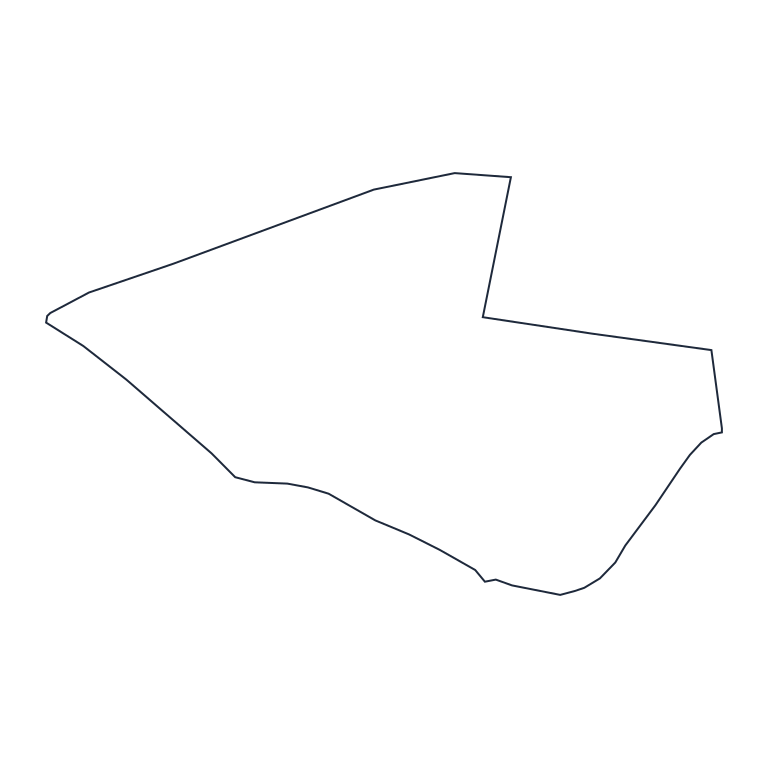 outline of Patterson'S Gap, Castries, Saint Lucia
{"feature_id": "8701671B23690641916416", "entity_name": "Patterson'S Gap", "entity_type": "district", "adm_level": 2, "iso_a3": "LCA", "parent_name": "Saint Lucia", "parent_adm1": "Castries", "projection": "natural_earth1", "projection_center": [-60.985, 14.007], "detail": "fine", "context": "isolated", "style": "outline", "palette": "slate", "viewbox_px": 768, "rotation_deg": 0, "n_neighbors": 0, "source": "geoboundaries", "source_scale": "gbopen_adm2", "svg_char_len": 614}
<svg xmlns="http://www.w3.org/2000/svg" viewBox="0 0 768 768"><path d="M211.6,453.4L235.2,477.2L254.7,482.3L287.3,483.6L307.9,487.4L328.6,493.7L375.3,520.4L409.0,534.4L439.4,549.7L475.2,570.0L484.9,581.7L495.8,579.6L512.0,585.4L560.2,594.9L574.8,591.0L584.3,587.8L599.9,578.4L615.3,562.5L625.3,545.5L635.1,532.4L655.5,505.1L680.0,468.7L689.9,454.9L701.3,442.6L713.7,434.1L721.9,432.4L721.9,428.3L711.4,350.1L591.8,333.6L482.8,317.2L510.9,177.2L454.7,173.1L373.8,189.6L173.4,263.7L89.0,292.5L50.3,313.0L47.2,316.0L46.1,322.6L83.3,346.0L126.2,379.5L211.6,453.4Z" fill="none" stroke="#1e293b" stroke-width="2"/></svg>